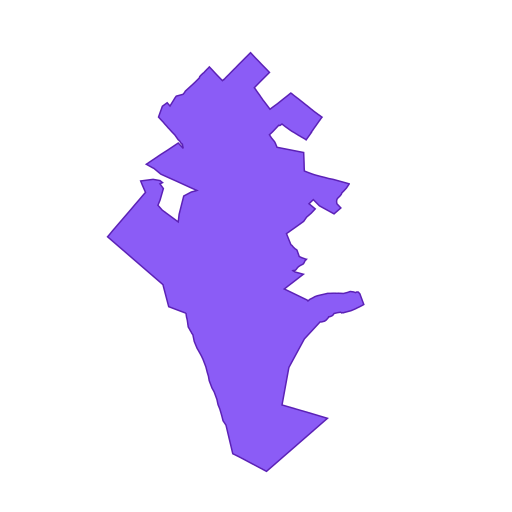 the district of San Lorenzo Cacaotepec, Oaxaca, Mexico, rotated 324°
{"feature_id": "50627088B1759154340941", "entity_name": "San Lorenzo Cacaotepec", "entity_type": "district", "adm_level": 2, "iso_a3": "MEX", "parent_name": "Mexico", "parent_adm1": "Oaxaca", "projection": "robinson", "projection_center": [-96.793, 17.126], "detail": "fine", "context": "isolated", "style": "filled", "palette": "violet", "viewbox_px": 512, "rotation_deg": 324, "n_neighbors": 0, "source": "geoboundaries", "source_scale": "gbopen_adm2", "svg_char_len": 4888}
<svg xmlns="http://www.w3.org/2000/svg" viewBox="0 0 512 512"><g transform="rotate(324 256 256)"><path d="M121.0,402.3L124.2,408.4L137.9,436.4L218.4,429.3L212.9,422.1L210.4,418.8L189.5,391.8L211.3,371.0L217.1,365.5L246.4,351.5L269.1,347.0L270.3,347.9L273.4,349.1L273.6,348.9L275.1,349.1L278.6,348.3L279.0,347.9L279.9,348.3L280.0,348.5L282.0,349.0L283.2,349.1L285.4,348.4L286.8,349.0L288.3,349.6L291.4,351.2L291.9,352.5L292.9,352.8L293.3,353.3L293.7,353.5L294.0,353.5L300.7,356.1L305.5,357.2L306.9,357.4L308.6,357.7L308.9,357.8L312.2,358.3L314.7,358.6L317.8,347.6L317.5,345.2L316.3,344.3L315.0,344.1L313.8,342.4L311.4,340.1L308.4,339.2L304.7,337.7L303.0,336.3L301.1,334.8L299.0,333.3L297.2,331.9L293.9,329.7L292.0,328.3L290.0,327.5L285.8,325.7L282.2,324.2L279.8,323.5L277.0,323.2L274.1,322.7L271.6,322.9L271.5,321.7L259.5,299.3L279.2,298.7L283.6,298.6L278.2,291.9L277.9,291.1L277.6,290.5L277.6,290.2L277.2,289.5L277.4,289.5L278.6,290.3L279.4,290.6L279.7,290.6L280.2,290.6L281.6,290.2L282.5,289.9L284.2,289.6L285.5,289.7L286.2,289.7L288.5,290.1L289.6,290.2L290.0,290.1L290.9,289.7L293.0,288.6L294.1,288.5L294.9,288.3L294.4,287.8L293.5,286.4L292.3,284.7L291.1,282.6L290.7,281.8L292.6,275.3L292.5,274.7L291.9,273.3L291.8,272.8L291.4,270.6L291.3,268.9L291.3,268.7L290.9,267.3L293.8,255.8L313.3,256.0L314.9,256.0L319.8,254.3L325.9,253.8L331.6,252.7L329.6,244.9L335.5,244.1L336.8,252.7L343.9,267.8L352.9,267.0L352.5,263.8L352.2,261.6L352.2,261.1L353.3,259.2L354.5,257.9L355.9,257.3L359.3,256.8L360.4,256.5L361.3,256.2L362.6,255.4L365.2,255.0L369.1,254.2L369.9,253.9L373.7,252.5L373.8,252.4L371.8,249.8L363.5,239.4L360.4,236.1L358.9,234.2L358.7,234.0L358.4,233.6L357.6,232.6L356.4,231.2L355.2,229.8L352.7,226.7L352.2,226.1L350.8,224.3L349.2,222.0L347.6,219.6L345.8,216.8L345.1,215.6L345.7,214.7L347.0,212.7L349.5,209.1L355.4,200.3L347.5,191.8L336.9,180.4L337.9,176.3L338.2,174.4L337.9,169.4L338.1,165.8L342.3,165.3L351.3,163.6L351.9,164.4L352.3,164.5L353.1,164.5L354.6,164.5L355.8,168.7L356.4,170.5L356.5,170.7L357.4,173.6L357.5,173.9L358.4,176.4L359.2,178.1L359.8,179.5L360.1,180.3L360.8,181.9L361.3,183.3L362.0,184.7L362.5,186.0L363.4,187.9L363.7,188.6L364.5,190.4L364.7,190.9L364.8,191.5L371.4,189.3L373.5,188.6L373.4,188.3L375.8,187.6L378.2,186.7L380.4,186.0L386.8,183.8L387.9,183.5L389.2,183.0L391.0,182.5L390.9,182.3L390.1,179.6L389.4,177.8L389.4,177.6L388.6,175.1L388.2,173.9L388.1,173.6L387.7,172.2L387.3,170.5L387.2,170.4L387.1,170.0L385.6,164.3L385.2,163.0L385.1,162.7L384.7,161.2L384.4,160.1L384.2,159.3L383.6,157.2L382.5,153.2L382.1,152.0L381.6,150.2L381.4,149.7L380.9,147.9L380.3,145.5L380.0,144.8L379.9,144.6L376.7,144.8L369.0,145.1L363.0,145.4L362.0,145.4L356.8,145.4L353.6,145.5L353.5,139.9L353.4,135.5L353.3,133.9L353.4,131.7L353.4,129.9L353.5,128.3L353.5,127.2L353.5,124.9L353.5,123.0L353.6,121.1L353.5,118.9L355.6,118.5L362.1,117.4L368.5,116.4L372.3,115.8L374.8,115.4L374.3,111.6L373.7,107.6L373.1,103.5L372.6,99.6L372.0,95.7L371.5,91.7L371.1,88.3L364.8,89.3L364.6,89.3L361.0,89.9L358.5,90.3L353.9,91.0L353.6,91.1L351.7,91.4L350.3,91.7L348.6,91.9L343.2,92.8L340.4,93.3L338.9,93.5L336.4,93.9L333.5,94.5L333.4,94.2L331.9,94.4L331.7,92.9L330.9,87.4L330.4,83.5L330.0,80.0L329.4,75.6L327.4,76.0L325.8,76.2L324.3,76.5L323.6,76.6L321.3,77.1L320.9,77.0L319.8,77.1L317.8,77.4L317.5,77.4L316.0,77.8L315.9,77.8L315.5,78.1L315.3,78.2L315.0,78.6L308.7,79.6L295.6,81.1L294.4,81.7L292.0,82.3L285.5,79.8L283.3,80.5L283.0,80.6L282.7,80.7L282.4,80.9L274.6,84.1L274.2,79.8L268.3,79.8L261.4,84.5L260.7,85.0L258.8,86.3L259.3,90.7L259.7,93.7L259.7,94.7L259.8,95.8L260.1,98.4L260.3,101.0L260.5,102.1L260.9,106.1L261.5,110.4L261.4,115.6L261.4,116.3L261.6,116.7L261.7,117.7L261.8,118.2L261.9,118.7L261.7,119.2L261.7,119.8L261.6,120.3L261.8,120.8L261.7,121.3L261.8,121.9L262.2,122.2L262.1,122.5L261.9,122.7L260.7,125.4L260.4,126.2L259.5,118.9L246.7,118.4L238.7,117.9L221.2,117.3L222.4,119.9L224.1,123.6L224.4,124.2L224.9,125.1L227.1,133.8L231.6,141.7L236.2,149.7L242.9,161.6L246.7,168.2L245.1,167.7L241.3,166.2L232.8,165.0L218.4,177.0L213.1,182.7L207.1,163.8L206.5,157.3L211.2,154.4L220.7,147.0L220.7,141.1L223.5,141.7L222.7,138.6L217.8,133.5L206.8,127.5L205.8,131.5L204.0,139.6L201.7,140.1L196.3,141.4L195.9,141.5L190.9,142.7L188.3,143.3L183.1,144.6L155.1,151.2L149.4,152.7L147.2,153.2L163.9,224.5L163.0,226.7L155.6,245.7L165.7,261.1L165.9,261.0L165.7,261.2L164.6,263.2L163.7,265.0L163.4,265.9L163.4,266.0L163.2,266.3L162.7,267.5L161.7,269.4L161.2,270.4L161.0,270.7L160.5,271.6L160.3,272.1L159.7,273.1L159.4,273.9L159.3,275.5L159.0,277.6L158.9,279.2L158.7,280.2L158.6,281.4L158.6,281.6L158.7,282.0L158.6,282.7L155.8,288.9L154.1,296.0L153.8,299.1L153.1,304.7L152.4,308.4L150.3,316.2L148.3,321.2L146.9,325.2L144.9,329.3L142.8,336.9L142.3,341.3L140.1,349.0L137.9,354.0L136.8,358.5L135.2,363.0L134.2,365.7L132.5,369.9L132.3,375.2L121.0,402.3Z" fill="#8b5cf6" stroke="#5b21b6" stroke-width="1.5"/></g></svg>